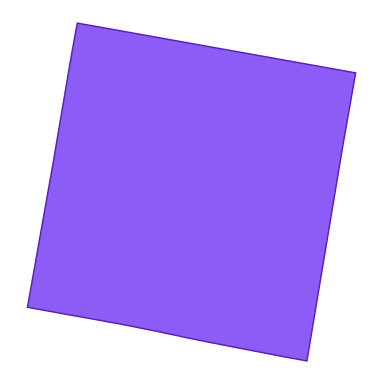 Green, Wisconsin, United States of America (Mercator projection), rotated 10°
{"feature_id": "52423323B77847893272350", "entity_name": "Green", "entity_type": "district", "adm_level": 2, "iso_a3": "USA", "parent_name": "United States of America", "parent_adm1": "Wisconsin", "projection": "mercator", "projection_center": [-89.585, 42.679], "detail": "fine", "context": "isolated", "style": "filled", "palette": "violet", "viewbox_px": 384, "rotation_deg": 10, "n_neighbors": 0, "source": "geoboundaries", "source_scale": "gbopen_adm2", "svg_char_len": 589}
<svg xmlns="http://www.w3.org/2000/svg" viewBox="0 0 384 384"><g transform="rotate(10 192 192)"><path d="M334.5,338.4L332.5,117.2L332.5,55.7L332.5,46.3L49.7,45.6L49.5,81.4L50.2,188.6L50.0,334.1L71.5,334.2L72.9,334.2L76.3,334.2L84.6,334.3L91.0,334.3L107.4,334.3L136.9,334.5L139.0,334.4L152.5,334.6L162.9,334.9L166.6,335.0L185.2,335.4L191.1,335.7L192.4,335.7L193.3,335.7L196.4,335.8L214.7,336.5L240.0,337.1L257.6,337.4L258.0,337.4L263.0,337.5L298.7,338.1L299.4,338.0L300.2,338.1L301.2,338.2L313.0,338.3L334.3,338.4L334.5,338.4Z" fill="#8b5cf6" stroke="#5b21b6" stroke-width="1.5"/></g></svg>